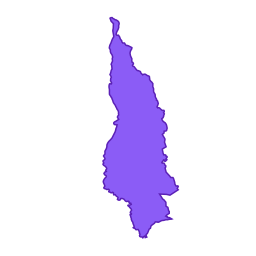 San Jose, San José, Costa Rica (Albers equal-area conic projection), rotated 54°
{"feature_id": "36466004B17043328523941", "entity_name": "San Jose", "entity_type": "district", "adm_level": 2, "iso_a3": "CRI", "parent_name": "Costa Rica", "parent_adm1": "San José", "projection": "albers", "projection_center": [-84.106, 9.936], "detail": "fine", "context": "isolated", "style": "filled", "palette": "violet", "viewbox_px": 256, "rotation_deg": 54, "n_neighbors": 0, "source": "geoboundaries", "source_scale": "gbopen_adm2", "svg_char_len": 5815}
<svg xmlns="http://www.w3.org/2000/svg" viewBox="0 0 256 256"><g transform="rotate(54 128 128)"><path d="M180.9,119.7L180.1,119.9L178.6,119.6L177.7,119.6L177.1,120.1L176.6,120.8L176.3,121.0L176.0,121.0L175.8,120.7L175.4,120.1L175.2,118.6L174.8,118.2L174.7,118.0L174.8,117.7L175.0,117.5L175.9,117.8L176.8,117.7L176.9,116.9L176.6,115.9L176.6,115.3L176.5,115.1L176.4,115.1L176.2,115.2L176.0,115.9L175.7,115.9L175.0,114.9L174.7,113.7L174.4,113.3L173.7,113.3L173.0,113.8L172.7,113.8L172.3,113.4L171.9,113.5L171.5,113.8L170.6,114.9L170.2,114.7L168.7,114.3L167.7,113.8L166.5,113.3L165.2,112.6L165.6,108.2L160.9,106.8L159.1,104.9L158.3,104.5L153.8,104.1L153.5,104.1L153.3,103.8L153.3,102.2L153.2,101.8L151.8,100.6L152.7,99.1L152.7,98.3L151.1,96.4L148.9,95.4L147.8,95.0L146.9,94.9L145.6,94.9L143.3,95.7L141.4,95.6L140.4,95.3L140.3,95.1L140.3,93.7L139.5,92.3L139.2,92.2L138.3,90.9L137.9,90.3L136.5,90.2L136.4,89.8L136.2,89.3L135.9,88.9L135.3,88.6L134.8,88.6L134.4,89.1L134.0,89.9L132.4,90.4L130.9,90.6L130.2,90.8L129.7,91.1L129.3,91.6L129.2,92.1L128.2,92.2L127.8,91.9L126.8,90.2L126.4,89.8L126.2,89.3L126.0,89.1L123.4,88.2L122.3,88.5L122.3,88.4L121.6,88.0L119.8,87.8L118.6,87.5L117.3,86.6L116.6,86.3L114.1,86.1L112.8,85.4L111.7,84.5L111.0,84.1L109.2,83.7L106.7,81.8L104.7,81.8L103.6,82.1L101.6,82.0L101.2,81.9L100.6,81.3L99.7,80.9L99.1,80.5L98.5,80.5L98.2,80.6L97.0,81.5L94.8,82.3L94.6,82.5L93.9,83.3L93.6,84.9L92.4,85.0L91.7,85.2L90.8,85.2L90.2,85.0L90.1,84.9L89.4,84.9L87.7,85.9L87.2,86.5L86.8,86.7L85.8,86.9L82.0,87.0L81.5,87.2L81.1,87.6L80.4,87.7L80.0,87.6L79.9,87.5L79.7,87.2L79.4,86.0L78.8,85.6L77.7,85.6L77.3,86.0L77.1,86.0L75.8,85.4L74.3,84.2L71.3,83.6L70.5,83.3L68.8,82.5L68.3,82.1L67.5,81.1L67.0,80.4L66.1,78.3L65.7,78.2L65.2,77.6L61.5,79.5L61.1,80.0L60.7,80.1L60.4,80.7L59.8,81.0L58.5,81.1L58.0,80.9L57.2,80.9L56.1,82.3L54.6,82.3L53.7,81.8L53.4,81.8L51.6,81.9L49.2,81.2L47.4,81.2L47.1,81.3L46.8,82.1L45.9,82.7L45.5,82.7L44.9,82.2L43.7,80.7L42.5,78.2L41.2,76.4L39.8,75.5L38.8,74.3L38.5,73.9L37.8,73.5L36.7,73.2L35.4,73.3L33.5,74.1L33.0,74.7L31.8,75.1L30.5,75.8L29.4,75.9L28.7,76.9L28.6,78.0L31.7,78.9L34.8,78.5L34.9,78.4L38.6,81.3L40.0,82.8L40.9,83.4L44.6,85.2L45.6,85.8L46.2,86.5L46.3,87.2L47.1,88.7L48.2,90.4L49.0,91.5L50.4,94.1L51.9,95.8L52.6,96.2L54.3,96.3L55.7,97.3L57.0,97.8L59.3,97.9L60.3,98.2L61.6,98.7L62.7,100.1L64.7,101.1L66.5,104.2L67.9,104.5L71.0,106.3L71.0,106.7L71.6,107.8L72.6,108.9L73.4,109.8L73.4,110.0L73.7,110.3L74.2,111.2L75.5,111.3L77.1,111.6L77.5,112.4L77.8,112.9L78.0,113.0L79.3,114.2L79.6,114.4L80.2,114.4L80.6,114.6L81.2,114.6L82.0,114.8L82.5,115.4L82.5,115.8L81.6,116.5L81.5,116.9L81.7,117.4L82.1,117.9L82.9,118.7L83.9,119.4L86.1,120.5L89.1,122.7L90.1,123.3L92.0,123.3L93.2,123.5L94.3,123.5L95.4,123.9L96.1,124.0L98.9,124.9L102.5,125.0L103.4,125.3L104.7,125.4L106.3,125.8L108.0,125.8L108.6,126.0L109.7,126.4L110.8,127.3L111.8,127.8L112.1,128.1L112.3,129.1L112.5,129.6L113.0,130.2L113.4,130.3L115.5,130.4L115.5,133.0L115.4,133.1L115.4,134.0L115.2,134.8L115.2,135.6L115.4,136.4L115.7,136.7L116.0,136.9L117.1,137.0L117.5,136.7L119.1,135.0L119.3,135.4L120.4,136.4L121.1,137.6L121.6,138.2L121.7,138.6L122.2,138.9L123.5,140.6L126.7,146.8L127.3,149.5L127.6,151.5L128.3,153.4L129.3,155.0L130.6,156.0L131.8,157.4L133.2,160.3L135.2,161.7L135.6,162.1L135.8,162.6L135.9,163.8L136.3,164.3L138.2,164.4L139.2,164.6L139.6,165.0L139.8,165.7L139.8,167.2L140.0,167.6L140.6,167.9L142.1,168.2L142.2,168.5L142.4,169.3L142.7,169.6L143.9,169.6L145.1,169.1L146.8,168.8L147.6,168.8L148.3,169.1L148.7,169.6L148.9,170.5L149.2,171.0L150.4,171.1L150.1,172.0L150.1,173.1L150.8,174.3L152.6,174.3L153.4,173.8L153.7,173.8L154.1,173.8L154.4,174.0L154.8,174.5L155.0,176.0L155.5,177.5L156.1,178.7L156.9,179.6L157.9,180.0L159.5,180.3L161.2,180.8L161.6,181.2L161.9,182.4L162.3,182.8L163.1,182.7L164.3,181.8L165.4,181.3L165.9,180.0L166.4,179.6L167.3,179.6L167.5,179.9L167.7,180.4L168.0,180.9L168.2,181.0L168.6,180.9L169.3,180.3L170.5,179.8L170.9,179.0L171.0,178.2L171.6,177.9L172.0,177.9L172.5,178.4L173.8,178.8L173.9,178.7L173.9,178.3L174.4,177.5L176.3,177.5L177.8,176.9L178.3,176.9L178.5,177.0L179.5,178.5L180.6,178.2L181.3,177.4L181.5,177.0L181.4,176.1L180.8,175.4L181.4,174.3L183.0,173.2L183.9,173.1L185.5,173.0L186.2,172.7L186.8,172.2L187.1,171.3L187.7,170.5L188.4,170.5L189.0,171.1L189.4,171.1L189.7,171.1L190.4,170.0L191.7,170.3L191.6,171.2L191.2,172.1L190.8,172.5L190.5,173.4L190.7,173.7L191.4,173.6L192.1,173.3L193.4,173.3L194.6,173.1L195.5,173.1L196.6,173.4L196.7,173.6L197.1,175.0L197.9,176.0L198.9,175.6L199.4,175.6L199.7,175.9L199.8,176.2L199.8,176.6L199.4,177.0L199.4,177.3L201.2,177.8L202.0,178.2L203.2,178.5L204.0,179.1L205.6,179.5L207.0,179.5L208.3,180.1L210.8,180.7L211.7,181.2L211.6,182.0L211.7,182.4L212.1,182.3L213.0,181.6L214.0,181.4L214.8,181.4L215.1,181.2L216.0,179.5L217.2,179.6L218.9,179.9L219.7,180.6L220.3,180.6L221.1,180.9L221.4,181.2L221.8,181.9L222.6,182.2L223.1,182.0L223.6,181.7L223.9,181.2L224.5,180.7L225.6,180.6L225.6,180.3L225.2,179.8L225.1,179.4L225.3,178.0L226.8,178.5L227.3,176.9L225.9,176.6L224.9,176.0L224.8,175.6L224.7,174.4L224.1,173.3L222.4,170.6L222.2,170.0L222.3,168.8L221.0,167.3L220.7,166.7L220.6,165.4L220.6,162.5L220.0,161.1L220.8,160.1L221.1,159.9L221.3,159.8L221.3,159.5L222.2,158.6L222.5,156.1L222.8,154.9L223.7,153.4L224.5,151.2L225.3,150.2L226.5,147.5L227.2,146.6L227.4,146.0L224.9,147.1L224.2,148.0L223.5,148.7L223.0,148.3L221.5,149.2L221.2,147.5L221.3,144.8L219.8,143.7L218.6,143.7L215.7,142.4L213.6,143.2L210.3,141.0L207.0,141.2L205.9,141.7L200.0,141.3L204.3,135.9L207.0,133.5L207.5,123.7L206.6,123.8L205.8,123.7L205.7,123.5L205.5,122.9L204.8,121.7L204.1,121.7L203.3,123.2L201.1,123.1L199.3,122.1L195.4,120.8L194.5,120.8L193.1,122.5L191.3,122.5L186.1,123.1L182.1,121.5L181.7,120.3L181.0,119.9L180.9,119.7Z" fill="#8b5cf6" stroke="#5b21b6" stroke-width="1.5"/></g></svg>